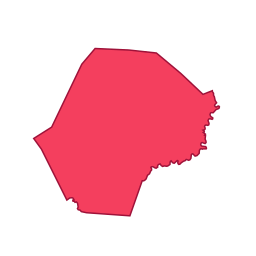 the district of Shaamar, Selenge, Mongolia, rotated 255°
{"feature_id": "93677404B82499437232686", "entity_name": "Shaamar", "entity_type": "district", "adm_level": 2, "iso_a3": "MNG", "parent_name": "Mongolia", "parent_adm1": "Selenge", "projection": "orthographic", "projection_center": [106.157, 50.033], "detail": "medium", "context": "isolated", "style": "filled", "palette": "rose", "viewbox_px": 256, "rotation_deg": 255, "n_neighbors": 0, "source": "geoboundaries", "source_scale": "gbopen_adm2", "svg_char_len": 1856}
<svg xmlns="http://www.w3.org/2000/svg" viewBox="0 0 256 256"><g transform="rotate(255 128 128)"><path d="M142.3,34.2L130.0,38.9L74.2,50.3L75.5,53.6L75.1,56.0L74.4,56.8L72.6,57.3L72.3,56.9L72.5,56.0L71.6,55.9L71.1,57.1L69.9,57.6L70.0,58.9L69.7,59.2L68.3,59.8L64.5,59.4L63.2,58.3L61.9,58.8L61.1,60.4L59.3,61.3L56.9,66.0L42.7,107.1L73.4,128.1L72.9,129.5L73.3,130.9L74.1,132.3L77.3,134.6L78.2,136.9L80.6,138.8L81.3,139.9L82.3,140.2L84.0,139.9L84.4,140.4L84.3,141.7L83.9,142.4L82.5,143.7L81.9,144.8L82.6,146.6L83.3,146.5L84.4,147.3L84.9,148.3L85.0,149.7L83.1,150.4L81.9,151.5L82.0,153.3L81.1,155.3L81.0,156.5L81.9,159.1L83.8,159.7L84.9,160.4L85.1,161.2L83.0,162.0L82.0,163.4L82.1,163.9L83.8,167.0L83.7,167.5L83.1,167.8L81.7,167.1L80.6,167.1L79.7,167.6L79.6,168.7L80.7,170.6L81.5,172.9L81.7,174.9L82.5,175.9L82.5,176.3L81.1,178.3L81.3,179.6L82.4,180.9L85.9,182.3L86.4,183.3L86.3,183.9L83.5,185.5L83.5,187.5L85.1,190.2L88.0,191.2L89.0,192.4L88.9,193.6L88.3,194.3L88.4,195.1L87.6,198.1L88.2,198.6L89.9,198.3L91.4,194.6L91.8,194.2L93.0,193.9L94.2,194.5L94.7,195.1L94.8,195.8L93.0,198.4L93.7,199.6L95.1,199.9L97.3,199.6L100.6,200.9L101.3,200.1L102.0,201.2L104.2,199.6L104.3,200.4L104.8,200.8L105.8,200.6L106.5,200.0L106.5,201.5L106.8,202.0L107.9,202.5L109.5,202.3L110.5,203.0L110.7,204.1L109.9,205.8L110.2,206.9L111.6,207.5L114.5,207.2L115.7,208.3L115.8,209.4L114.6,211.5L114.9,212.2L115.9,212.5L117.7,210.9L119.7,210.6L121.0,211.5L121.3,212.1L121.2,212.7L120.7,214.1L120.8,214.4L123.0,217.8L123.3,220.5L123.6,221.1L124.8,221.8L125.3,221.7L125.8,221.1L125.9,220.6L125.4,218.7L126.0,217.8L126.7,217.6L127.4,217.5L128.2,218.1L129.4,220.1L132.0,219.3L135.9,219.5L137.4,219.1L139.4,219.6L141.3,218.9L142.2,219.1L141.1,209.1L167.2,193.0L193.1,174.8L203.1,149.0L213.3,116.8L201.6,99.9L148.6,54.5L142.3,34.2Z" fill="#f43f5e" stroke="#9f1239" stroke-width="1.5"/></g></svg>